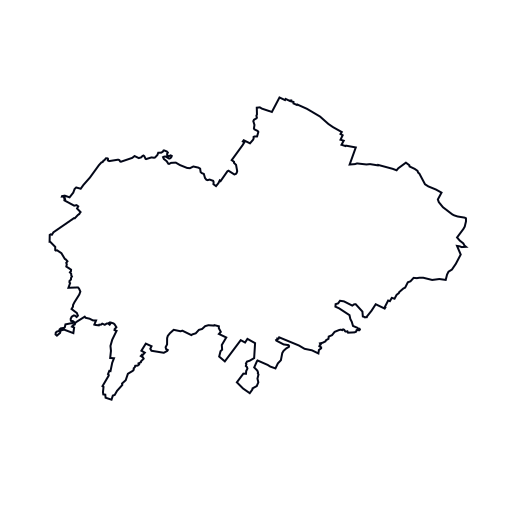 Kota Malang, Jawa Timur, Indonesia, rotated 277°
{"feature_id": "22746128B9724218643478", "entity_name": "Kota Malang", "entity_type": "district", "adm_level": 2, "iso_a3": "IDN", "parent_name": "Indonesia", "parent_adm1": "Jawa Timur", "projection": "natural_earth1", "projection_center": [112.627, -7.981], "detail": "fine", "context": "isolated", "style": "outline", "palette": "ink", "viewbox_px": 512, "rotation_deg": 277, "n_neighbors": 0, "source": "geoboundaries", "source_scale": "gbopen_adm2", "svg_char_len": 6052}
<svg xmlns="http://www.w3.org/2000/svg" viewBox="0 0 512 512"><g transform="rotate(277 256 256)"><path d="M276.2,76.5L276.4,75.9L275.1,74.3L271.3,71.5L271.4,70.7L254.9,52.1L252.2,50.8L252.5,49.6L251.8,48.7L245.0,49.4L245.1,49.9L240.6,55.6L237.4,56.0L237.0,56.6L237.4,57.9L235.1,62.5L229.8,66.6L229.5,67.5L227.8,69.5L226.1,68.5L224.7,69.2L222.4,69.0L219.9,74.1L218.4,74.2L217.1,73.3L215.9,74.7L214.0,75.1L213.3,75.8L211.7,75.1L210.1,75.2L208.4,73.9L207.0,74.1L206.4,74.8L201.6,73.7L203.1,83.1L202.1,84.3L199.3,86.0L196.2,85.3L187.9,81.4L185.1,80.4L183.4,80.5L180.9,79.4L177.6,85.1L175.1,86.5L173.6,85.4L174.7,83.6L174.8,82.4L173.3,80.5L171.0,79.7L169.6,80.0L169.0,80.4L169.1,82.1L168.5,83.2L167.5,83.0L164.9,75.2L161.9,74.9L161.3,74.3L160.4,71.1L159.2,70.0L157.7,69.8L156.6,67.4L155.5,66.6L153.7,66.6L152.7,68.1L155.8,70.9L157.7,71.1L158.5,71.7L159.5,74.6L157.2,84.1L162.8,84.2L163.4,82.1L164.2,82.8L164.7,82.5L166.0,84.5L167.3,84.6L168.6,85.7L174.9,93.4L173.9,94.4L173.5,98.4L172.2,102.0L172.5,105.1L168.2,103.9L168.0,105.0L168.0,108.5L168.7,108.7L169.0,110.6L170.1,111.6L169.3,114.3L170.8,116.1L171.0,117.4L171.6,118.2L170.6,118.1L170.0,119.1L172.2,120.3L171.7,122.8L171.0,123.9L168.3,126.1L166.2,124.6L165.2,124.6L164.7,126.7L155.4,123.5L149.0,122.5L144.2,123.6L137.0,123.7L137.2,127.5L132.5,126.3L124.0,125.6L124.1,124.4L120.7,123.5L120.2,124.2L119.4,124.4L108.1,119.5L107.5,120.6L102.2,120.7L100.0,121.3L100.0,123.3L97.0,124.0L95.8,130.1L100.0,130.9L100.9,132.7L105.2,134.5L111.7,139.0L113.1,138.6L116.8,141.8L123.5,143.2L127.0,147.7L128.2,148.5L129.6,148.3L130.9,149.3L132.3,149.5L132.8,151.9L134.1,153.2L135.1,152.5L136.5,154.7L137.4,154.7L140.4,157.0L141.6,156.2L142.7,153.9L144.1,154.9L143.8,155.5L146.5,157.4L148.0,153.8L155.6,157.3L153.7,163.3L151.0,162.4L149.2,163.8L148.7,176.3L151.0,179.5L151.9,179.9L152.7,178.1L154.5,177.4L157.4,178.5L163.7,177.8L166.0,178.2L168.9,180.0L172.7,183.3L172.1,190.3L172.9,192.0L169.6,201.5L170.4,202.3L171.9,205.6L175.7,208.3L177.0,211.4L180.2,214.1L181.5,217.2L181.8,222.8L182.3,223.1L181.7,227.7L179.8,227.9L176.4,230.3L174.1,228.7L171.5,236.4L163.5,232.9L158.9,233.8L157.2,232.4L151.7,231.7L147.6,237.9L170.6,251.1L168.8,255.7L172.7,257.6L169.4,265.7L154.4,266.6L151.3,262.5L150.1,259.9L148.1,259.1L147.4,259.6L145.6,259.3L144.6,260.6L143.2,261.2L140.7,260.3L137.9,260.4L137.7,257.8L128.3,252.4L122.9,259.3L119.1,266.5L123.1,268.7L124.2,268.7L127.0,272.6L130.9,273.7L134.5,272.4L138.7,272.9L139.8,272.1L140.7,272.2L142.4,271.3L145.2,267.8L151.8,269.8L152.5,270.2L152.3,270.9L149.3,280.9L148.0,283.6L146.8,289.0L152.1,290.8L155.6,293.4L162.9,293.9L165.2,294.9L167.9,297.2L169.8,299.7L170.7,299.8L171.5,299.1L171.6,294.2L174.5,286.5L175.0,286.2L175.7,287.1L176.7,287.2L176.6,288.4L178.1,288.9L172.4,309.5L169.8,315.5L169.2,323.0L166.9,329.8L170.4,329.9L172.3,331.9L173.3,331.8L174.1,329.9L175.1,330.1L176.0,331.0L177.1,330.2L178.0,332.7L179.7,335.3L181.0,335.8L182.6,338.0L184.9,338.0L186.7,341.1L190.3,343.3L192.7,347.6L193.2,349.2L192.9,350.7L193.8,351.4L193.5,352.5L192.1,353.7L191.9,354.6L192.4,355.9L191.1,356.7L192.2,363.0L193.0,364.5L194.7,364.9L194.9,367.6L195.7,368.1L196.4,367.6L196.5,366.0L197.1,365.3L198.4,360.8L202.3,359.1L205.0,357.3L208.7,356.0L214.2,344.8L215.4,341.0L217.9,340.9L219.0,343.3L221.8,344.8L221.7,348.8L218.5,357.6L220.0,359.3L220.3,360.8L213.8,368.4L209.0,369.4L208.5,372.1L209.0,374.3L208.7,373.0L215.7,377.3L222.7,380.7L219.5,390.1L220.6,390.6L220.8,390.0L227.9,392.6L227.5,394.4L231.0,395.9L230.5,398.7L234.6,400.3L236.6,402.3L237.7,402.6L241.7,406.2L242.8,407.9L248.4,409.9L249.7,412.4L253.5,415.1L253.6,418.3L254.3,420.7L254.8,424.7L253.7,433.8L255.5,440.8L255.4,447.2L260.9,447.9L263.9,449.0L266.4,452.1L272.6,455.3L282.4,459.0L290.5,454.3L290.4,457.1L289.9,459.0L290.7,463.3L291.7,461.7L293.8,460.2L296.1,456.4L298.9,453.3L308.0,458.5L310.6,459.6L316.0,460.2L319.0,459.8L319.5,458.4L319.8,451.2L320.5,447.7L321.2,445.8L327.2,435.6L331.7,430.9L334.3,429.6L341.5,432.4L343.9,426.5L346.1,418.5L347.8,415.0L357.7,408.1L358.5,406.8L360.2,405.9L361.8,402.9L363.6,397.5L364.8,397.1L366.9,393.4L360.4,386.5L358.2,385.1L359.2,380.9L361.3,366.1L360.8,366.0L361.1,358.0L360.3,354.4L360.2,345.0L359.3,343.1L358.2,337.8L375.9,341.8L376.5,331.9L376.0,331.5L376.8,327.3L381.1,329.0L381.7,325.7L386.4,327.3L387.4,325.0L389.5,326.0L393.3,316.7L395.9,311.7L402.2,302.6L408.3,288.6L411.4,278.5L410.9,278.2L412.0,274.6L413.5,274.4L413.7,272.4L414.7,272.1L414.5,270.9L414.0,270.7L415.5,266.3L414.3,265.8L416.2,260.0L400.9,254.2L403.0,243.9L404.0,241.7L403.3,238.7L396.7,239.7L395.2,239.3L393.5,240.0L392.8,239.8L391.0,237.4L389.5,236.9L385.9,238.5L382.3,238.4L381.5,239.0L380.3,242.4L379.4,243.2L374.8,242.5L374.4,239.8L373.9,239.1L372.2,239.3L371.0,238.9L367.1,236.3L369.4,229.7L368.1,229.0L367.5,230.6L364.4,229.2L348.2,220.2L346.8,222.7L345.8,222.8L344.0,225.1L337.9,227.0L336.2,226.7L335.1,226.1L334.3,224.6L337.3,218.3L336.6,217.3L326.0,211.7L326.6,210.8L323.7,209.8L320.5,207.8L322.1,205.0L324.3,204.9L325.4,204.3L326.2,200.6L325.4,198.8L325.6,197.5L327.2,195.9L331.1,194.2L331.7,192.0L332.6,190.8L335.9,189.9L336.7,188.0L337.2,182.9L335.1,179.7L335.0,176.9L337.0,169.4L338.9,165.0L338.1,160.4L336.8,158.5L336.9,157.7L339.2,155.8L341.1,152.7L342.8,151.7L343.5,152.8L343.7,154.2L342.1,157.9L342.6,159.0L343.6,159.8L345.0,160.2L345.5,159.0L344.5,157.4L345.0,155.7L346.4,155.3L347.9,155.9L348.9,154.7L349.6,151.9L349.5,151.4L348.2,150.8L347.0,149.3L346.6,146.4L344.2,145.8L341.5,143.8L341.1,142.9L341.1,140.2L338.8,135.1L338.9,134.6L341.4,133.0L342.0,132.1L341.5,131.2L339.9,130.0L338.9,127.7L340.4,123.3L338.3,121.2L333.1,110.4L333.3,109.6L334.5,108.7L334.8,107.4L332.3,98.7L332.8,97.3L334.3,97.3L334.8,96.8L334.7,95.2L332.4,93.7L332.1,93.0L330.5,92.3L330.1,91.2L327.0,89.0L313.6,81.6L305.6,76.1L301.4,73.8L302.1,69.2L300.4,67.8L296.6,66.9L291.5,63.8L292.6,58.8L291.8,56.2L291.3,56.1L291.7,58.6L290.5,58.4L290.1,59.3L289.2,58.9L288.7,59.6L287.8,59.2L283.8,69.4L284.6,71.7L283.6,73.5L281.3,72.6L278.2,76.5L276.6,75.6L276.2,76.5Z" fill="none" stroke="#020617" stroke-width="2"/></g></svg>